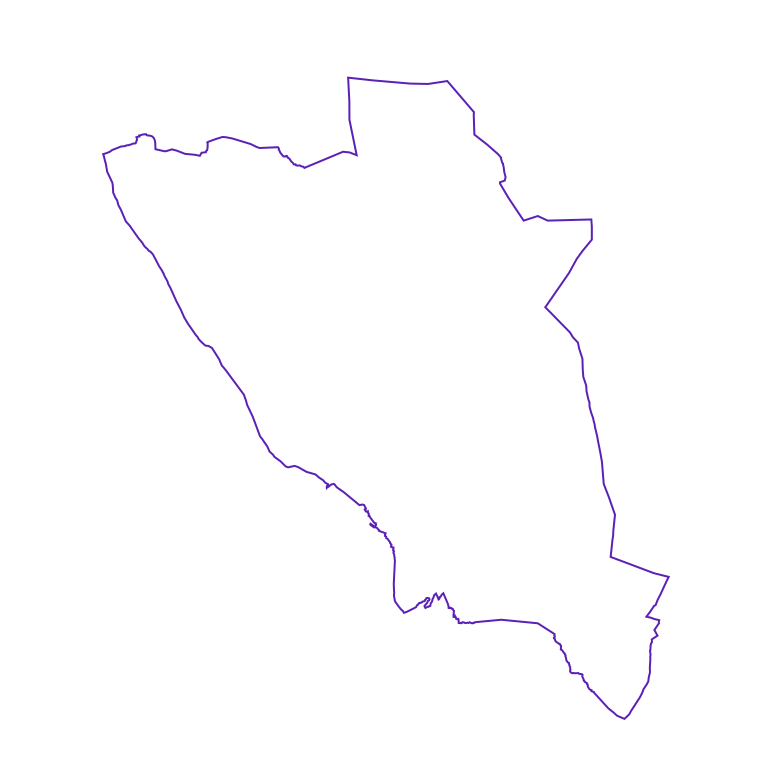 the district of Kongsberg nor, Buskerud, Norway, rotated 186°
{"feature_id": "86288312B15384371721411", "entity_name": "Kongsberg nor", "entity_type": "district", "adm_level": 2, "iso_a3": "NOR", "parent_name": "Norway", "parent_adm1": "Buskerud", "projection": "albers", "projection_center": [9.617, 59.595], "detail": "fine", "context": "isolated", "style": "outline", "palette": "violet", "viewbox_px": 768, "rotation_deg": 186, "n_neighbors": 0, "source": "geoboundaries", "source_scale": "gbopen_adm2", "svg_char_len": 6110}
<svg xmlns="http://www.w3.org/2000/svg" viewBox="0 0 768 768"><g transform="rotate(186 384 384)"><path d="M687.3,583.3L686.2,580.9L684.8,576.6L684.5,576.3L684.4,575.7L683.7,574.0L681.5,566.2L675.2,555.8L674.5,553.1L673.3,545.9L670.1,540.5L668.8,539.0L668.2,537.8L666.9,534.2L663.9,529.8L657.7,518.7L653.6,515.0L643.2,503.1L639.5,499.6L636.6,495.9L633.0,493.2L631.6,491.7L630.1,491.2L627.3,488.7L620.0,477.7L616.3,473.2L615.5,471.6L615.0,471.3L613.7,468.7L609.8,463.0L609.2,461.2L606.2,456.8L599.2,444.7L593.7,436.4L589.5,429.1L585.4,423.6L576.4,413.2L574.1,411.0L573.0,409.3L569.8,406.5L565.6,403.5L562.6,403.5L558.9,401.9L550.4,391.2L548.9,388.3L547.1,385.3L543.1,381.5L522.2,358.7L519.2,352.3L518.1,349.2L511.2,337.9L501.8,319.0L499.5,316.7L493.2,309.2L490.8,304.9L486.9,302.0L485.4,300.1L478.8,296.3L473.1,291.7L470.6,291.1L464.4,293.2L460.8,292.4L451.8,288.5L442.7,286.9L438.5,284.0L434.7,282.1L432.0,279.6L429.1,278.5L429.0,278.3L430.0,276.7L429.8,276.2L430.1,276.0L430.1,275.2L430.0,274.8L429.4,275.7L428.9,275.7L425.6,278.8L424.9,278.8L423.8,279.4L422.8,279.1L420.1,276.3L413.0,272.4L395.8,261.0L392.6,261.9L391.1,261.5L388.9,258.1L389.9,257.5L390.1,257.1L389.9,256.9L388.9,255.6L388.1,255.6L388.1,255.2L387.4,255.1L386.7,255.6L386.5,254.5L386.1,253.7L385.7,253.6L385.3,252.0L385.5,251.9L385.5,251.2L384.5,251.1L384.5,250.6L384.0,250.1L379.3,245.0L377.6,244.6L377.9,244.0L377.1,243.0L378.2,241.1L382.8,243.6L383.0,243.0L382.6,242.4L378.9,240.3L377.7,240.7L375.7,240.0L374.4,238.7L374.1,238.1L373.5,238.0L373.4,237.3L366.8,235.7L367.3,234.2L367.2,233.0L366.2,232.7L365.8,232.2L365.8,231.1L363.7,230.0L363.2,229.1L361.5,227.4L361.4,226.6L360.6,226.0L360.3,225.1L359.8,224.8L360.0,224.3L359.7,223.4L360.0,222.9L359.7,222.6L357.5,222.4L357.3,221.5L357.5,221.4L357.6,220.6L357.5,219.3L356.6,218.8L357.0,217.0L356.2,215.9L355.8,213.9L355.2,212.5L355.3,211.8L354.7,209.7L353.4,186.3L352.6,180.6L352.0,177.3L352.0,174.6L350.5,169.4L349.5,168.0L346.0,164.1L343.6,161.7L341.7,160.4L340.2,158.5L336.8,160.2L328.8,165.4L328.1,167.3L326.8,168.4L326.8,168.9L326.5,169.5L326.0,169.9L324.6,170.1L324.4,170.5L323.2,171.1L323.0,171.6L321.0,172.3L320.7,172.7L320.7,173.4L319.6,174.6L319.5,175.4L318.6,175.8L316.7,175.6L316.2,174.5L316.3,174.0L316.5,173.6L317.8,172.8L317.9,171.8L318.3,170.7L320.5,167.5L320.2,166.7L319.4,165.6L317.0,167.2L316.4,167.1L315.5,168.0L314.8,168.1L314.6,170.7L313.5,172.6L313.1,175.6L312.4,176.8L312.2,179.0L310.4,181.0L308.5,178.0L307.2,175.4L306.8,175.7L306.8,176.2L306.2,177.2L306.3,177.9L305.3,178.7L304.5,180.6L303.1,182.1L297.7,172.4L296.7,170.0L296.3,168.0L295.4,168.0L294.9,168.5L293.9,167.9L293.5,168.1L292.8,167.5L292.1,167.6L291.6,166.4L290.6,165.6L290.8,163.6L290.6,163.3L290.7,162.4L290.5,161.8L290.7,161.6L290.5,161.3L290.6,160.7L290.4,160.1L290.5,159.7L289.9,159.6L289.2,160.6L288.9,159.8L288.2,159.6L287.7,158.1L287.2,158.2L286.6,157.7L285.5,158.1L284.9,155.9L284.8,154.2L283.8,154.1L283.2,154.4L282.3,154.1L281.5,154.5L281.1,155.3L279.7,155.3L279.0,154.9L277.6,154.8L275.7,155.4L274.9,155.2L273.9,156.0L272.1,155.3L270.7,155.3L270.2,155.9L269.6,155.7L269.0,156.3L267.7,156.8L242.7,161.8L206.1,162.1L188.2,153.1L188.3,151.6L187.7,150.9L187.9,149.9L188.5,149.3L188.4,148.8L187.3,148.1L187.1,147.1L186.0,145.7L182.5,143.8L182.1,143.9L181.3,143.1L181.0,142.3L180.6,142.2L180.4,141.3L180.5,140.0L180.3,138.9L180.4,138.5L178.9,137.7L176.7,135.1L176.0,134.8L175.7,133.7L175.0,133.0L175.1,132.1L174.5,130.9L173.7,128.2L172.2,126.4L170.9,125.9L170.8,125.0L170.3,124.4L170.2,123.2L169.3,122.1L169.1,120.2L168.7,119.7L169.0,117.9L168.1,116.6L166.2,116.0L165.4,116.4L163.9,116.3L160.4,116.8L159.7,116.2L156.9,116.1L156.2,115.7L156.1,115.3L156.3,114.5L156.2,113.8L154.5,110.9L154.5,110.4L154.1,110.1L154.1,109.8L153.8,109.8L153.0,108.6L151.0,107.8L151.0,107.4L150.7,106.7L150.2,106.6L149.7,105.3L149.7,104.3L147.8,102.0L146.4,101.2L145.7,101.3L145.5,100.1L143.2,99.7L143.2,99.3L126.9,84.8L121.5,81.4L117.6,78.5L109.9,76.1L105.6,81.0L104.1,84.7L97.1,98.4L95.8,101.5L94.4,105.6L94.1,107.4L91.5,112.4L90.1,115.6L90.0,119.9L89.3,125.3L89.7,127.3L90.0,130.2L90.3,137.5L90.7,140.6L90.6,142.7L91.6,146.4L91.3,147.0L91.5,152.3L91.3,153.8L90.5,155.2L91.0,158.0L85.7,162.3L89.4,167.6L85.5,174.9L85.8,176.2L85.6,177.9L91.0,178.6L94.2,179.5L98.7,180.0L95.5,185.3L92.2,191.6L90.8,192.4L89.3,197.9L87.1,203.5L82.4,217.4L80.7,221.9L96.0,224.1L140.5,235.7L140.5,252.5L140.3,257.2L140.6,262.1L140.6,278.1L148.5,294.9L155.0,307.5L159.1,329.3L161.7,338.4L165.5,350.6L166.2,353.3L169.6,363.0L170.3,365.8L171.5,368.8L172.6,372.2L175.1,377.4L177.2,383.0L177.8,387.3L179.1,389.9L181.9,398.2L182.5,402.5L182.9,404.0L186.5,411.8L187.8,418.8L189.3,429.9L193.5,439.3L195.5,445.5L201.1,450.3L204.4,454.7L231.6,477.2L211.7,513.6L205.4,528.5L200.6,536.9L192.4,549.3L193.7,561.8L195.0,569.3L238.3,563.6L248.6,567.1L262.2,561.1L279.9,582.4L289.5,595.4L289.8,596.7L285.2,598.9L284.7,602.4L286.6,607.6L287.8,612.7L288.5,614.5L288.7,615.6L289.2,615.9L290.1,617.7L291.3,620.7L291.3,621.4L294.6,624.5L306.3,632.8L320.2,641.5L322.9,661.1L323.0,663.8L352.7,691.9L371.6,687.0L389.4,685.5L427.0,684.8L451.7,684.9L448.0,661.5L446.0,643.2L435.1,608.7L442.4,610.7L449.0,610.7L485.8,590.6L486.8,591.6L489.2,591.9L490.6,592.6L493.2,592.1L494.5,592.4L494.9,593.2L496.6,593.0L498.1,594.7L499.5,595.6L501.7,598.3L502.9,598.7L504.5,600.7L505.0,600.7L505.4,600.0L507.8,599.8L511.3,603.2L512.5,605.4L513.1,605.9L513.2,607.3L514.2,608.4L532.4,605.7L535.4,606.4L541.7,608.7L560.4,612.3L567.0,612.9L570.4,612.8L577.2,609.9L584.7,606.2L585.0,605.7L584.5,604.8L584.2,601.0L584.2,599.2L584.5,597.8L585.3,597.1L585.4,595.9L589.6,594.9L591.0,591.7L596.0,592.2L606.0,592.1L614.4,594.4L619.4,595.2L624.7,592.9L626.4,592.5L635.8,593.6L636.8,600.4L637.5,602.6L638.4,604.2L639.2,605.1L640.7,606.1L642.7,606.5L645.5,606.5L646.2,606.8L646.6,607.5L647.2,607.5L650.0,606.9L653.5,605.5L653.1,604.6L656.0,603.6L655.6,602.7L655.1,601.0L655.4,600.5L656.0,597.8L656.4,597.3L658.9,596.8L661.3,595.4L662.0,595.4L663.0,594.8L665.2,594.4L666.1,593.6L670.4,592.7L678.9,588.2L681.1,586.2L684.3,584.5L687.3,583.3Z" fill="none" stroke="#5b21b6" stroke-width="2"/></g></svg>